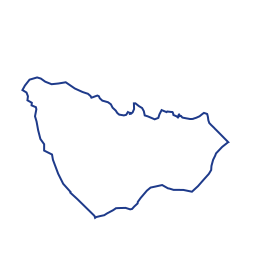 Azum, Central Darfur, Sudan (Mercator projection), rotated 66°
{"feature_id": "16777658B93719594104494", "entity_name": "Azum", "entity_type": "district", "adm_level": 2, "iso_a3": "SDN", "parent_name": "Sudan", "parent_adm1": "Central Darfur", "projection": "mercator", "projection_center": [22.965, 12.946], "detail": "fine", "context": "isolated", "style": "outline", "palette": "blue", "viewbox_px": 256, "rotation_deg": 66, "n_neighbors": 0, "source": "geoboundaries", "source_scale": "gbopen_adm2", "svg_char_len": 2600}
<svg xmlns="http://www.w3.org/2000/svg" viewBox="0 0 256 256"><g transform="rotate(66 128 128)"><path d="M196.7,194.6L196.6,194.0L196.4,193.4L197.2,189.0L198.0,185.2L197.5,181.8L197.0,174.8L196.4,171.6L197.6,168.5L200.0,162.7L203.2,159.1L203.6,157.2L202.3,154.3L200.8,149.9L199.5,149.1L197.0,144.8L192.9,136.2L191.6,131.6L192.6,126.9L194.0,120.0L199.4,116.0L200.2,114.8L203.0,111.6L207.1,102.6L212.2,95.5L209.6,87.7L206.3,80.6L202.8,72.8L200.2,69.1L196.6,67.2L191.7,63.2L188.8,59.7L187.0,57.9L183.7,50.0L183.4,49.0L181.7,42.3L181.7,42.2L176.4,44.2L165.5,48.3L164.3,48.8L163.7,49.0L162.8,49.3L159.1,50.8L157.1,51.5L156.9,51.6L156.7,51.7L156.3,51.7L155.3,51.6L153.9,51.5L153.1,51.3L151.1,50.7L149.9,50.4L147.6,50.0L147.4,50.0L146.4,51.0L145.3,52.3L145.1,52.5L145.4,54.1L146.4,57.9L146.4,61.0L146.4,61.6L146.1,64.2L146.1,65.0L145.8,65.8L145.0,67.7L144.1,69.0L143.1,70.5L141.0,73.5L140.9,73.6L140.5,74.1L139.6,74.4L138.7,74.6L138.4,75.1L138.2,75.7L137.6,75.7L137.1,75.7L136.5,75.7L136.4,76.1L136.8,76.5L137.0,76.6L137.1,76.8L138.3,77.4L138.7,78.1L138.2,78.4L137.6,78.4L134.6,81.2L132.8,80.8L131.5,80.9L131.3,81.3L130.7,82.4L128.9,85.4L129.2,86.3L127.0,88.4L125.3,90.0L128.3,93.7L131.1,96.2L130.9,100.1L125.4,105.2L123.3,107.6L119.1,106.7L115.5,107.0L112.5,109.1L108.5,111.2L107.9,112.6L113.1,114.7L115.6,117.4L116.2,119.4L116.0,120.2L115.9,120.1L115.6,120.0L115.3,119.9L115.1,119.8L114.9,120.1L114.6,120.5L114.4,120.8L114.2,121.0L113.7,121.4L113.6,121.5L113.4,121.6L113.5,121.8L114.6,123.4L114.7,123.5L115.0,123.9L115.1,124.1L115.2,124.3L115.1,125.1L114.8,126.7L114.7,126.8L113.7,128.3L113.6,128.5L112.9,129.5L112.7,129.9L112.6,130.0L112.4,130.3L112.3,130.5L112.2,130.5L111.0,131.2L110.7,131.3L110.2,131.6L109.9,131.7L109.7,131.7L109.0,131.8L108.7,131.9L108.0,132.0L107.9,132.0L107.2,132.1L106.7,132.3L105.5,132.8L103.2,133.8L101.6,133.9L99.4,134.0L96.3,135.8L95.4,136.9L94.9,137.5L94.4,138.1L94.2,138.3L92.9,139.9L92.7,140.2L92.6,140.3L91.4,140.8L89.6,141.6L88.9,141.7L88.4,141.7L87.2,141.7L87.0,141.8L86.7,142.1L86.2,142.5L85.9,142.8L85.7,145.3L85.6,147.4L85.4,149.1L83.6,149.2L80.4,150.7L79.1,152.2L76.6,154.9L70.3,160.5L60.9,166.3L60.6,167.5L59.0,173.6L57.5,178.2L56.9,180.0L56.3,180.6L52.0,184.8L47.4,187.5L44.9,190.4L44.8,190.8L43.8,198.3L47.3,204.9L50.4,209.0L54.3,206.3L58.3,206.5L61.8,208.6L65.8,205.6L68.1,206.9L71.5,203.7L73.6,204.1L79.5,208.2L84.9,208.9L93.5,211.0L102.4,212.5L108.7,211.2L114.5,213.8L121.3,208.2L126.5,209.5L141.4,210.4L152.6,209.9L163.1,206.5L163.6,207.0L166.6,205.7L172.1,203.3L194.6,194.4L196.0,194.5L196.7,194.6Z" fill="none" stroke="#1e3a8a" stroke-width="2"/></g></svg>